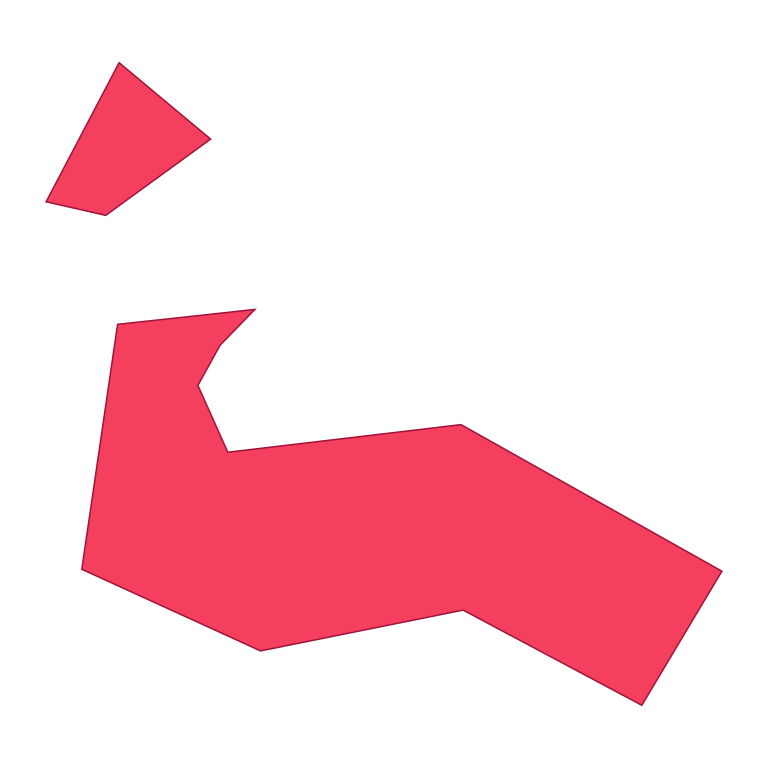 map outline of Va'a-o-Fonoti (Robinson projection)
{"feature_id": "WSM-4988", "entity_name": "Va'a-o-Fonoti", "entity_type": "state/province", "adm_level": 1, "iso_a3": "WSM", "parent_name": "Samoa", "parent_adm1": "", "projection": "robinson", "projection_center": [-171.557, -13.938], "detail": "fine", "context": "isolated", "style": "filled", "palette": "rose", "viewbox_px": 768, "rotation_deg": 0, "n_neighbors": 0, "source": "natural_earth", "source_scale": "10m", "svg_char_len": 333}
<svg xmlns="http://www.w3.org/2000/svg" viewBox="0 0 768 768"><path d="M254.9,309.4L220.1,345.2L197.9,385.4L227.8,452.2L461.0,424.6L721.9,571.2L641.8,705.3L463.1,610.1L260.5,650.9L81.8,569.3L117.6,324.3L254.9,309.4ZM119.1,62.7L210.6,139.1L105.7,215.4L46.1,201.8L119.1,62.7Z" fill="#f43f5e" stroke="#9f1239" stroke-width="1.5"/></svg>